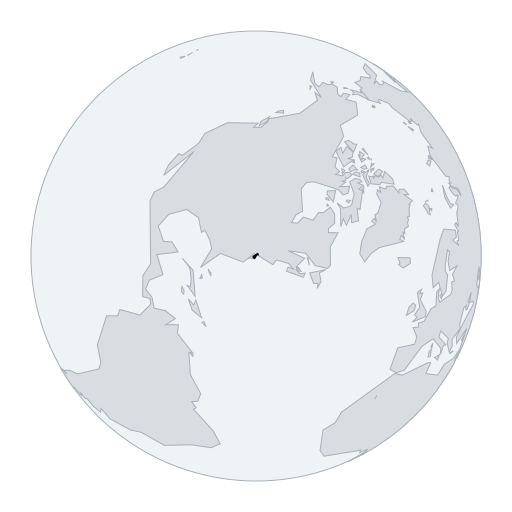 Delaware on an orthographic globe, rotated 60°
{"feature_id": "USA-3555", "entity_name": "Delaware", "entity_type": "State", "adm_level": 1, "iso_a3": "USA", "parent_name": "United States of America", "parent_adm1": "", "projection": "orthographic", "projection_center": [-75.371, 39.146], "detail": "fine", "context": "on_globe", "style": "filled", "palette": "ink", "viewbox_px": 512, "rotation_deg": 60, "n_neighbors": 0, "source": "natural_earth", "source_scale": "10m", "svg_char_len": 10539}
<svg xmlns="http://www.w3.org/2000/svg" viewBox="0 0 512 512"><g transform="rotate(60 256 256)"><circle cx="256" cy="256" r="225" fill="#eef3f6" stroke="#a8b0b8"/><path d="M256.4,481.3L255.4,481.1L259.3,480.7L255.3,480.7L263.7,478.7L259.0,479.3L261.6,474.8L269.0,469.4L275.2,448.4L270.7,443.6L253.6,437.8L233.1,415.3L238.7,405.7L234.2,400.7L249.1,386.1L245.1,371.3L239.8,369.0L234.5,374.5L216.4,363.7L210.0,351.1L155.2,320.2L149.7,312.0L150.1,301.2L134.5,257.3L140.0,295.5L133.4,286.3L128.7,271.6L132.0,269.8L129.8,249.4L124.3,239.2L126.3,214.1L142.1,187.6L143.4,193.8L147.1,187.2L145.6,179.3L143.8,175.8L154.3,146.6L151.9,125.0L143.8,123.2L151.3,120.2L130.9,120.8L124.9,114.8L136.3,118.7L140.9,117.0L139.1,111.1L143.5,108.2L145.1,104.0L150.5,101.2L156.7,104.3L160.3,102.8L158.8,98.8L163.3,94.0L165.0,100.0L172.9,92.3L184.8,97.4L185.0,117.7L196.1,120.1L208.2,140.3L211.6,136.8L218.3,143.0L224.8,141.4L225.2,146.2L230.0,140.9L228.4,136.9L230.0,133.4L233.6,132.3L234.8,137.9L233.1,139.3L235.3,140.4L234.4,143.8L236.9,141.5L237.9,148.9L242.3,140.1L247.6,144.7L246.8,150.1L239.8,151.4L220.6,168.8L217.6,175.6L220.4,183.3L240.5,193.3L240.2,200.4L244.8,208.6L248.3,203.6L245.9,195.5L253.5,188.7L249.6,180.1L252.1,176.3L251.0,167.3L258.8,166.9L267.0,171.6L268.3,179.2L271.9,181.7L276.9,173.3L285.3,187.2L301.2,196.1L302.6,200.2L294.1,209.4L278.5,211.6L267.5,225.6L282.3,215.0L285.5,226.4L289.2,227.9L293.5,226.7L295.4,221.9L298.1,225.8L284.4,237.2L281.7,233.8L286.1,230.1L278.8,231.5L269.6,240.2L271.9,245.7L255.5,254.6L257.0,258.9L254.2,263.6L253.0,256.0L254.9,270.1L236.0,285.5L238.2,309.8L227.7,290.8L218.8,288.0L208.1,287.4L208.3,291.4L194.0,286.6L181.1,292.7L176.3,310.7L181.2,325.7L197.1,328.8L201.9,321.7L213.6,321.4L205.2,341.1L225.6,345.8L223.6,360.4L229.5,368.2L239.7,366.7L250.3,370.3L257.8,362.0L269.9,357.0L270.3,368.6L276.8,357.6L283.7,362.7L307.6,359.4L305.8,362.3L326.1,372.2L347.6,372.7L352.6,379.1L350.0,384.6L357.4,383.7L357.5,386.7L386.3,380.5L400.6,380.9L399.7,390.5L387.1,406.6L374.1,430.1L351.1,443.7L344.1,451.5L324.3,463.8L310.5,466.4L313.4,468.7L304.9,471.9L295.6,473.5L293.1,475.4L286.2,476.3L290.3,476.7L278.2,479.3L280.5,479.8L271.7,480.7L256.4,481.3ZM45.9,222.0L47.6,217.5L47.3,222.2L45.9,222.0ZM48.2,213.6L47.7,215.3L48.0,213.6L48.2,213.6ZM48.1,211.5L48.1,213.0L47.9,211.7L48.1,211.5ZM47.8,209.2L48.0,210.3L47.9,210.3L47.8,209.2ZM237.0,317.7L260.4,328.8L247.2,330.3L249.7,328.3L243.8,323.7L232.7,319.2L221.1,321.0L237.0,317.7ZM48.1,204.5L48.2,203.2L48.6,203.7L48.1,204.5ZM247.4,304.9L243.3,304.0L247.3,303.9L247.4,304.9ZM142.2,174.8L145.1,179.5L144.8,188.0L141.9,184.3L142.2,174.8ZM143.5,159.5L146.1,160.6L141.7,167.0L141.6,164.4L143.5,159.5ZM136.9,122.9L138.5,125.9L135.5,124.1L136.9,122.9ZM144.4,103.9L142.5,104.0L144.2,101.8L144.4,103.9ZM246.8,168.2L248.9,167.8L248.0,169.6L246.8,168.2ZM244.4,164.8L241.9,167.3L240.4,166.1L241.9,164.6L244.4,164.8ZM153.9,95.7L157.1,92.3L154.9,96.2L153.9,95.7ZM247.8,162.1L238.0,163.7L235.4,161.6L239.1,154.2L247.8,162.1ZM159.6,90.7L167.2,83.0L163.8,82.5L177.8,80.0L166.7,87.1L164.6,91.8L163.1,89.7L159.6,90.7ZM226.3,136.2L228.2,140.3L223.2,138.0L226.3,136.2ZM222.7,135.6L205.3,134.4L204.4,128.1L210.4,129.6L206.5,122.6L214.6,120.0L218.6,123.3L217.6,127.8L221.4,123.4L222.7,135.6ZM184.2,80.2L187.0,79.0L185.3,80.9L184.2,80.2ZM230.2,131.8L226.8,132.0L225.7,126.4L232.4,125.1L230.6,127.3L230.2,131.8ZM201.5,122.2L201.9,118.1L208.5,114.8L209.6,112.8L214.7,119.4L201.5,122.2ZM232.7,128.0L235.8,124.7L239.6,126.3L233.5,131.3L232.7,128.0ZM222.6,125.6L222.4,123.0L224.7,124.0L222.6,125.6ZM255.0,131.1L250.9,131.0L250.0,128.1L255.0,131.1ZM236.7,123.3L235.4,122.8L234.6,121.7L237.4,120.0L236.7,123.3ZM219.0,116.8L221.7,116.4L217.3,113.9L222.1,111.6L224.7,116.6L225.6,113.5L227.1,112.8L227.5,117.6L219.0,116.8ZM237.8,115.1L242.6,121.1L250.4,121.6L251.4,124.2L238.7,122.9L237.8,115.1ZM231.7,116.1L235.7,116.0L234.9,119.1L231.7,121.1L231.7,116.1ZM224.5,108.4L216.4,110.6L216.2,109.5L224.5,108.4ZM240.2,114.6L238.9,113.2L240.8,114.2L240.2,114.6ZM229.5,109.5L226.7,110.4L226.4,109.0L229.5,109.5ZM238.8,109.8L240.4,111.6L238.3,113.0L238.8,109.8ZM234.7,109.1L235.0,107.2L236.6,112.3L233.4,109.7L234.7,109.1ZM229.7,108.1L228.6,107.6L230.9,108.0L229.7,108.1ZM246.0,104.0L248.4,110.2L243.8,113.0L242.0,106.5L246.0,104.0ZM444.8,133.1L442.8,130.9L440.1,127.3L439.9,127.0L439.5,126.7L444.3,133.3L442.0,131.3L448.0,138.1L456.0,152.4L463.0,167.2L468.9,182.4L473.7,198.1L477.3,214.1L479.8,230.3L481.1,246.6L481.2,263.0L480.1,279.3L480.1,273.8L480.2,258.6L479.2,256.6L478.1,264.5L476.3,262.2L475.1,266.2L463.4,297.2L456.5,297.8L440.3,285.0L440.0,270.9L434.0,260.0L427.2,194.4L432.3,189.0L434.4,160.1L435.8,158.1L442.7,167.7L450.0,158.4L443.9,146.9L443.4,136.2L438.5,126.1L424.1,109.8L432.1,126.0L426.4,123.0L414.4,104.9L406.4,91.9L403.9,90.4L403.0,94.3L395.1,87.7L402.0,95.6L403.7,95.1L408.1,100.3L406.8,101.1L404.0,98.6L404.7,102.0L417.6,114.2L420.7,115.0L426.3,128.0L432.0,130.9L435.6,136.6L427.3,134.1L423.5,130.6L413.2,133.5L417.7,138.1L427.8,136.0L427.3,138.4L433.5,145.6L428.4,142.1L416.2,144.0L417.2,157.4L429.0,184.6L427.4,192.8L421.2,196.6L406.4,179.1L411.7,162.8L406.5,157.2L396.4,155.7L398.9,151.1L395.4,148.8L396.6,142.9L389.3,131.0L389.1,125.1L377.6,117.5L376.0,113.6L383.2,119.1L388.1,120.0L386.6,106.6L383.7,103.2L376.4,99.5L376.9,96.7L370.1,94.9L365.0,86.9L365.4,95.5L356.9,92.4L349.1,86.3L346.4,87.1L359.0,97.0L363.9,99.7L368.1,99.4L381.6,109.2L384.0,114.6L370.1,110.9L372.0,118.4L360.4,113.0L333.5,88.1L326.6,79.9L333.3,70.4L339.9,73.1L340.7,77.7L347.8,75.3L343.5,74.5L343.9,72.5L335.8,69.6L335.7,68.1L328.1,68.3L327.1,66.1L331.9,66.0L319.1,60.7L314.6,56.3L311.8,55.9L310.0,56.8L305.5,51.0L303.6,51.1L304.3,52.9L301.0,54.3L293.4,54.8L292.3,52.7L294.9,52.3L298.6,48.7L305.7,48.3L304.5,47.6L298.1,47.5L293.5,51.8L289.2,52.7L290.5,50.2L289.7,51.2L287.2,51.0L283.7,49.1L281.9,51.8L256.2,55.0L246.9,52.3L250.9,49.3L231.8,51.2L222.7,49.2L223.4,50.7L214.7,53.4L217.4,54.0L217.1,55.1L196.0,63.8L190.2,64.7L181.8,71.3L182.2,72.3L186.0,71.9L177.8,80.0L163.8,82.5L163.7,80.1L155.1,83.7L156.1,78.1L153.0,75.5L159.2,68.0L156.1,67.1L153.1,68.7L146.6,69.1L144.1,65.3L159.7,61.1L166.2,68.0L164.7,64.3L169.1,63.2L171.0,60.8L169.6,58.6L167.0,59.5L185.3,48.2L190.0,42.6L179.9,46.4L173.5,48.1L169.9,47.8L171.0,47.4L186.4,41.7L202.2,37.2L218.2,33.9L234.4,31.8L250.7,30.8L267.1,31.0L283.4,32.4L299.6,35.0L315.5,38.7L331.1,43.6L346.4,49.6L361.1,56.7L375.3,64.9L388.8,74.1L401.7,84.2L413.8,95.2L425.1,107.1L435.4,119.8L444.8,133.1ZM437.2,221.0L439.3,224.7L437.2,221.0ZM394.1,78.0L389.7,75.0L386.1,72.3L385.7,72.3L389.4,74.8L387.0,74.6L380.3,69.7L376.7,68.1L379.3,70.4L391.9,79.6L395.5,79.7L401.1,84.2L403.0,85.5L396.6,80.0L394.1,78.0ZM308.4,359.1L311.3,360.9L307.5,361.6L308.4,359.1ZM245.4,335.4L250.3,335.7L252.9,337.7L249.1,338.3L245.4,335.4ZM286.7,334.0L292.3,334.5L286.5,336.1L286.7,334.0ZM264.1,330.1L282.2,334.0L270.9,338.4L259.4,336.0L267.3,334.6L264.1,330.1ZM245.1,312.5L248.2,313.5L247.3,315.8L245.1,312.5ZM250.3,304.9L249.1,305.1L247.5,303.1L250.3,304.9ZM286.3,225.7L287.4,224.9L291.9,224.7L289.9,226.9L286.3,225.7ZM310.9,212.7L314.7,219.3L310.6,215.9L308.6,219.8L297.5,218.0L302.7,202.2L302.3,209.5L310.9,212.7ZM284.1,212.0L290.6,214.4L283.3,212.4L284.1,212.0ZM375.2,143.4L378.5,142.3L382.4,146.3L382.6,155.3L377.0,149.4L375.2,143.4ZM382.3,139.9L368.4,134.6L367.7,129.2L370.5,133.0L371.4,130.1L376.1,135.5L388.9,136.2L393.2,139.9L391.3,153.6L389.6,146.9L386.4,148.1L382.3,139.9ZM334.3,134.9L328.3,133.8L334.6,123.5L339.5,125.8L340.0,134.5L334.6,136.9L334.3,134.9ZM256.2,149.2L253.5,150.4L253.2,148.7L255.2,146.3L256.2,149.2ZM253.1,131.3L267.7,142.7L265.3,144.5L276.7,149.7L274.9,156.6L267.6,152.8L274.7,162.4L267.4,161.8L273.0,167.9L256.9,158.9L250.6,159.2L258.3,156.1L260.1,149.7L259.0,147.0L251.2,139.8L238.6,137.8L238.4,131.6L241.6,127.7L244.6,127.2L243.8,131.3L248.4,127.8L249.5,133.4L253.1,131.3ZM279.2,93.1L277.0,96.9L286.4,93.0L287.6,97.7L288.6,96.9L292.3,100.3L298.5,103.3L298.0,105.5L300.6,105.7L303.1,108.2L306.6,109.3L306.9,113.9L311.1,115.8L308.8,116.9L316.1,119.1L310.8,119.6L313.5,123.1L317.2,120.8L310.4,145.1L311.6,155.8L315.5,164.7L306.0,165.0L296.3,157.3L287.9,146.3L288.1,136.3L283.7,138.6L282.5,134.6L286.5,134.5L279.7,132.4L279.8,129.1L272.3,120.9L262.5,120.4L259.5,117.7L263.4,116.2L257.7,114.5L263.0,110.1L260.9,108.1L264.1,102.0L272.8,100.8L269.8,98.8L272.1,94.4L279.2,93.1ZM247.1,102.3L257.2,99.2L262.8,100.5L254.9,110.7L256.0,113.1L251.1,120.2L243.1,118.4L245.3,116.5L245.5,114.2L247.9,115.7L246.1,112.8L249.0,110.2L248.4,107.4L251.8,107.1L247.1,102.3ZM433.1,152.1L433.4,150.1L432.9,146.1L436.8,150.8L433.1,152.1ZM425.1,153.6L424.7,151.0L430.0,155.2L429.6,157.6L425.1,153.6ZM420.0,146.3L424.3,150.5L421.8,149.7L420.0,146.3ZM382.4,116.7L381.5,114.1L383.2,114.5L385.7,116.9L382.4,116.7ZM307.4,84.5L305.2,86.0L303.9,85.3L296.4,86.0L294.9,82.9L298.8,81.2L307.4,84.5ZM428.0,114.7L432.1,120.0L431.7,120.3L430.4,118.4L428.0,114.7ZM436.6,135.8L436.8,132.5L437.7,137.2L436.6,135.8ZM304.5,81.2L301.6,81.8L302.7,80.0L304.5,81.2ZM293.4,80.7L293.9,78.5L293.8,82.6L293.4,80.7ZM287.8,59.1L299.9,61.2L307.7,61.4L310.5,59.1L311.7,63.5L299.8,63.2L287.8,59.1ZM260.3,55.5L257.8,58.0L255.4,56.8L255.6,56.1L260.3,55.5ZM261.3,57.1L264.8,60.6L261.2,61.9L259.1,58.9L261.3,57.1ZM285.1,69.8L288.8,70.5L287.8,71.9L285.1,69.8ZM159.8,52.3L160.3,52.1L151.0,56.7L148.6,58.0L149.1,57.7L159.8,52.3ZM158.0,53.3L162.6,51.2L174.9,48.1L175.1,48.7L160.9,52.7L164.5,51.0L163.1,51.2L158.0,53.3ZM185.8,78.1L186.9,78.9L184.4,79.2L185.8,78.1ZM218.8,55.3L217.9,56.8L215.1,56.8L218.8,55.3ZM214.0,60.9L217.8,59.8L214.2,61.8L214.0,60.9ZM226.3,57.5L219.6,59.8L225.3,56.5L226.3,57.5Z" fill="#d9dde1" stroke="#a8b0b8" stroke-width="1"/><path d="M257.0,258.7L256.9,258.7L256.6,258.7L256.4,258.7L256.2,258.7L255.9,258.7L255.7,258.7L255.4,258.7L255.2,258.7L255.0,258.3L255.0,258.1L255.0,257.8L254.9,257.5L254.9,257.2L254.9,256.9L254.9,256.6L254.9,256.3L254.9,256.0L254.8,255.7L254.8,255.2L254.8,254.9L254.8,254.6L254.8,254.3L254.7,254.0L254.7,253.7L254.8,253.7L255.0,253.4L255.3,253.3L255.5,253.3L255.8,253.4L255.7,253.5L255.6,253.8L255.5,254.0L255.3,254.0L255.4,254.3L255.4,254.5L255.3,254.8L255.5,255.0L255.7,255.3L255.8,255.3L255.9,255.5L255.9,255.9L255.9,256.0L255.9,256.3L256.0,256.4L256.1,256.5L256.2,256.8L256.4,257.1L256.5,257.3L256.8,257.4L256.9,257.8L256.9,258.0L256.9,257.8L256.7,257.8L256.8,257.9L256.7,257.9L256.7,258.0L256.8,258.0L256.6,258.1L256.5,258.3L256.7,258.2L256.8,258.2L256.8,258.3L256.9,258.2L257.0,258.1L257.0,258.3L257.0,258.5L257.0,258.7Z" fill="#0f172a" stroke="#020617" stroke-width="1.5"/></g></svg>